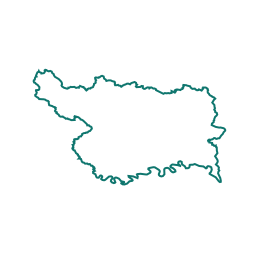 Bojayá (Bellavista), Chocó, Colombia (Equal Earth projection), rotated 103°
{"feature_id": "7082276B24330192528349", "entity_name": "Bojayá (Bellavista)", "entity_type": "district", "adm_level": 2, "iso_a3": "COL", "parent_name": "Colombia", "parent_adm1": "Chocó", "projection": "equal_earth", "projection_center": [-77.12, 6.441], "detail": "fine", "context": "isolated", "style": "outline", "palette": "teal", "viewbox_px": 256, "rotation_deg": 103, "n_neighbors": 0, "source": "geoboundaries", "source_scale": "gbopen_adm2", "svg_char_len": 5801}
<svg xmlns="http://www.w3.org/2000/svg" viewBox="0 0 256 256"><g transform="rotate(103 128 128)"><path d="M116.7,225.9L117.6,225.5L118.7,222.9L118.7,222.3L119.8,221.1L119.0,216.6L119.0,215.0L119.6,213.7L119.6,212.0L120.2,211.1L121.2,211.0L123.5,209.9L123.7,206.6L124.1,205.6L124.2,203.7L124.6,203.0L125.2,203.4L126.0,202.6L127.8,203.0L128.3,202.5L128.7,200.9L129.6,201.1L130.6,198.5L131.6,197.8L132.0,196.8L132.1,195.9L131.5,194.2L131.8,193.9L132.3,191.9L133.0,190.7L132.3,189.0L132.8,188.4L132.7,187.0L133.1,185.0L132.2,181.8L130.7,182.5L129.6,181.5L128.9,182.7L128.5,182.6L128.7,178.7L129.8,176.5L130.4,176.1L130.4,174.7L130.9,173.3L133.5,168.9L134.6,168.3L134.2,167.4L134.2,166.5L134.9,165.9L135.0,164.6L135.5,163.7L136.8,163.1L139.4,164.3L140.2,165.7L141.5,166.4L141.8,167.8L142.4,168.2L142.9,169.8L144.1,171.3L145.1,171.1L145.5,171.5L146.7,171.8L146.8,172.5L148.0,174.1L149.4,173.9L150.2,174.8L150.1,175.2L150.8,176.2L150.6,177.0L151.3,177.9L152.5,177.4L153.4,177.9L153.7,177.1L154.5,177.5L154.9,176.8L156.5,177.4L156.8,177.9L157.1,177.4L157.6,177.6L157.9,177.2L159.3,177.4L159.5,176.8L160.0,176.8L160.2,177.6L160.6,177.6L161.9,176.0L161.8,174.9L164.2,173.0L164.6,171.7L165.2,171.3L165.2,170.7L166.2,170.4L166.6,169.2L167.1,169.1L167.2,168.5L167.6,168.3L168.8,169.0L168.5,167.9L168.9,167.4L168.8,166.8L171.1,165.4L171.7,164.5L171.6,163.3L172.4,161.8L171.8,159.7L172.3,158.5L171.7,157.1L173.1,155.4L172.8,154.2L173.6,153.0L174.0,153.0L173.9,152.1L175.2,151.3L175.6,151.6L175.6,152.5L176.2,152.6L177.3,150.7L178.5,152.2L179.8,151.8L180.4,149.3L182.7,147.9L183.3,147.0L183.0,145.4L180.8,144.5L180.4,143.9L180.4,143.2L180.9,142.3L181.5,142.1L183.7,142.7L184.4,141.3L184.3,139.5L183.6,138.5L179.6,135.6L178.9,133.6L179.2,132.5L179.8,132.0L180.7,131.9L182.5,132.8L183.7,132.7L184.6,131.5L184.9,129.5L184.4,128.5L183.8,128.1L181.1,129.9L180.1,129.9L179.2,129.2L178.9,128.0L179.4,125.4L181.4,122.7L181.4,119.8L181.8,119.6L182.1,120.0L182.6,122.0L183.5,122.1L184.1,120.5L183.8,118.7L182.3,116.3L179.6,114.6L178.6,112.1L178.1,111.7L177.2,112.2L175.5,116.3L174.6,116.7L174.0,111.9L174.7,107.5L173.2,107.5L171.2,108.9L170.8,108.5L169.8,105.5L169.3,100.5L169.0,99.0L166.7,96.4L165.8,96.1L165.1,96.4L163.5,99.0L162.7,99.0L161.9,97.6L160.5,94.5L160.3,93.0L161.8,88.6L162.5,87.6L163.4,87.2L166.0,87.6L166.8,87.3L167.5,86.3L167.7,84.7L167.0,83.2L164.9,82.1L160.1,83.4L158.8,82.7L158.0,81.0L158.0,79.8L158.5,78.4L160.3,76.4L160.9,75.2L161.1,74.1L160.5,73.0L159.7,72.0L158.5,72.5L157.1,74.9L156.5,77.6L155.7,78.1L154.1,77.2L153.5,76.3L153.0,71.1L153.2,68.6L152.9,68.6L152.0,70.5L150.8,71.3L149.5,71.1L148.6,69.6L148.9,68.1L151.0,67.3L151.8,65.9L152.5,64.0L154.2,62.6L153.7,60.6L153.0,59.7L152.1,59.3L150.3,59.6L149.9,59.3L149.2,56.6L148.1,54.8L149.0,50.1L148.5,45.8L149.8,42.9L149.4,42.3L148.0,42.2L147.4,41.8L147.1,40.9L147.2,38.9L147.6,38.0L149.8,37.0L152.2,37.3L153.8,38.3L154.4,38.1L156.3,31.4L159.5,27.5L160.0,26.3L159.6,25.5L158.5,25.7L155.9,26.9L152.0,30.0L150.2,30.1L148.9,29.5L148.0,30.5L146.2,30.5L145.1,31.6L143.8,34.1L141.5,33.1L140.1,33.1L138.7,33.9L135.9,36.8L132.4,35.2L129.9,36.4L127.2,37.1L127.0,37.7L126.4,37.7L125.9,38.6L125.4,38.6L126.0,39.8L125.9,40.4L125.1,41.0L125.4,41.6L125.4,42.3L123.7,42.7L123.9,43.3L123.6,44.0L123.8,45.5L122.9,45.7L122.7,46.1L122.9,46.8L122.1,47.2L121.0,46.3L121.1,44.9L120.5,44.3L120.0,43.1L118.4,41.8L118.3,40.9L118.7,40.0L118.7,39.2L117.8,37.9L117.4,36.6L114.4,35.5L112.5,34.3L110.7,33.9L108.7,32.7L107.9,32.9L107.2,33.6L106.7,34.7L106.7,38.0L107.1,39.2L107.2,42.7L106.3,47.1L104.8,47.2L102.9,45.8L101.6,46.2L101.0,45.7L100.0,46.0L97.5,45.6L96.0,44.5L94.8,44.1L93.3,44.9L92.9,46.6L91.4,47.1L90.8,48.1L89.1,47.7L88.1,48.4L86.2,49.0L84.3,51.6L81.0,50.5L79.8,49.6L78.9,51.0L78.6,53.0L78.3,53.2L77.7,55.4L77.1,56.4L76.5,56.7L75.6,58.2L74.1,58.7L73.3,58.4L72.8,58.7L72.6,59.2L71.8,59.3L71.1,61.3L71.7,63.9L72.3,63.8L72.6,64.2L73.1,63.8L75.0,64.7L74.4,67.6L75.2,67.9L75.7,69.2L75.4,69.8L75.4,70.7L74.6,71.8L75.4,74.1L74.5,76.1L73.4,76.8L73.4,80.1L73.2,80.8L73.6,83.7L74.2,83.7L74.5,83.0L75.7,83.5L76.2,83.3L76.6,83.9L77.3,83.5L77.7,83.7L78.5,85.1L79.2,85.4L79.4,88.9L80.0,90.1L80.2,90.3L80.5,89.8L81.0,90.6L81.8,89.7L83.0,90.3L82.2,93.9L84.0,93.4L84.9,95.4L84.9,96.6L85.5,98.1L85.7,100.0L86.7,101.2L84.8,109.2L84.0,109.4L83.5,111.0L83.9,112.2L83.2,114.2L83.4,115.0L84.6,116.1L83.8,116.6L84.1,118.3L86.1,120.4L86.2,121.5L85.6,122.7L83.9,122.9L84.0,124.3L85.2,125.2L86.3,128.9L85.7,129.7L83.7,128.9L83.4,129.9L82.2,130.3L81.7,131.9L83.5,134.9L85.0,135.8L84.7,137.4L85.0,138.9L86.3,140.4L86.7,141.4L87.4,141.9L87.7,142.6L89.3,143.7L89.3,144.1L88.6,144.8L88.7,146.6L88.2,147.4L88.8,148.5L89.2,150.2L88.4,150.7L87.2,150.7L87.0,151.1L86.2,151.2L85.9,151.6L85.9,153.9L85.5,155.5L85.9,157.5L87.0,159.7L85.9,160.5L85.2,162.4L83.3,163.3L83.0,165.0L83.7,166.1L85.1,167.2L85.2,167.9L85.7,168.1L86.0,170.8L86.4,171.3L87.6,171.0L88.6,169.8L89.6,170.2L90.7,169.7L91.5,169.8L92.6,171.0L94.2,170.9L94.8,171.2L95.8,171.2L96.3,171.6L97.2,173.2L98.0,173.5L98.2,175.0L99.2,176.3L99.7,176.1L100.8,177.0L99.9,178.4L99.2,178.7L98.5,180.7L98.1,180.7L98.2,182.2L97.8,184.2L98.3,184.3L99.1,185.1L99.8,185.0L99.8,186.1L100.6,187.6L100.0,189.5L100.8,192.0L100.8,193.1L102.0,194.4L102.1,195.1L102.6,195.0L103.4,196.1L103.2,199.4L102.3,201.7L101.4,202.4L100.2,202.1L98.6,202.8L97.7,203.7L95.9,206.5L94.5,210.8L93.2,212.1L92.3,212.4L91.5,214.2L90.2,215.0L89.9,216.7L90.6,217.9L90.4,219.8L89.9,220.4L89.9,221.7L90.6,222.2L91.6,221.6L93.0,222.0L93.5,222.4L94.4,224.7L93.7,225.1L93.4,227.2L92.7,227.7L93.3,227.8L94.2,228.8L97.6,229.4L98.4,228.7L98.7,229.4L100.2,229.9L101.8,229.7L102.7,230.5L103.8,230.4L104.8,229.7L104.8,228.7L105.7,227.6L106.3,225.8L108.1,223.5L110.4,223.2L111.1,223.8L111.8,226.1L112.4,226.1L113.9,224.9L115.5,225.0L116.7,225.9Z" fill="none" stroke="#0f766e" stroke-width="2"/></g></svg>